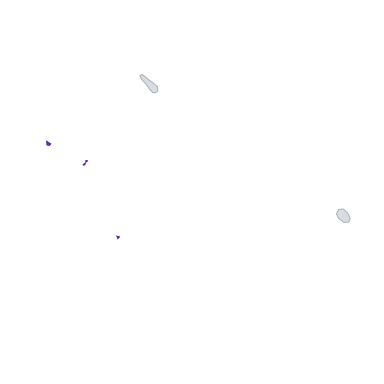 where Alifu Alifu sits in Maldives, rotated 300°
{"feature_id": "MDV-5231", "entity_name": "Alifu Alifu", "entity_type": "Atoll", "adm_level": 1, "iso_a3": "MDV", "parent_name": "Maldives", "parent_adm1": "", "projection": "equal_earth", "projection_center": [72.863, 4.217], "detail": "fine", "context": "in_parent", "style": "filled", "palette": "violet", "viewbox_px": 384, "rotation_deg": 300, "n_neighbors": 0, "source": "natural_earth", "source_scale": "10m", "svg_char_len": 847}
<svg xmlns="http://www.w3.org/2000/svg" viewBox="0 0 384 384"><g transform="rotate(300 192 192)"><path d="M265.8,109.5L262.6,111.8L259.6,110.9L258.5,108.0L260.0,103.6L262.5,98.0L264.3,92.0L266.8,88.8L268.8,89.8L268.5,93.2L267.6,97.9L267.0,103.9L265.8,109.5ZM248.1,342.3L244.2,342.8L241.7,338.5L242.3,332.3L245.3,328.0L250.2,327.7L253.0,331.6L251.5,337.6L248.1,342.3Z" fill="#d9dde1" stroke="#a8b0b8" stroke-width="1"/><path d="M163.0,41.2L162.8,45.3L161.5,45.1L161.2,45.0L160.5,42.9L163.0,41.2ZM116.0,149.7L116.1,150.3L116.3,150.6L116.6,150.9L116.7,151.0L116.3,151.4L115.3,151.0L115.3,150.7L115.2,150.7L115.6,150.3L116.0,149.7ZM160.8,84.1L163.3,85.1L162.5,85.3L161.9,85.1L160.8,84.1ZM165.5,84.2L165.9,84.6L166.2,84.9L166.4,85.1L166.5,85.6L165.9,85.6L165.7,85.3L165.7,84.8L165.5,84.2Z" fill="#8b5cf6" stroke="#5b21b6" stroke-width="1.5"/></g></svg>